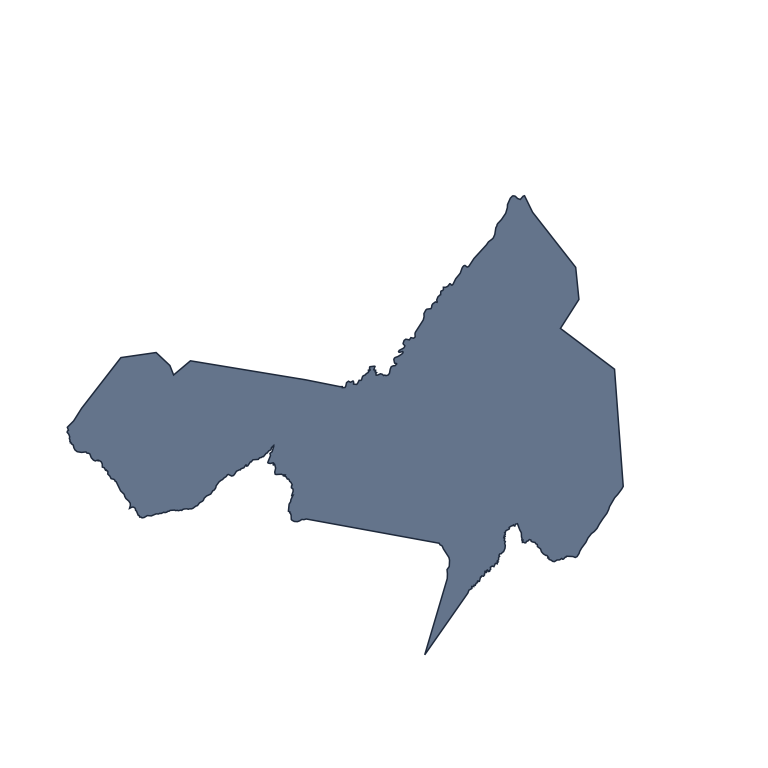 Santa Catalina, Jujuy, Argentina, rotated 28°
{"feature_id": "61730980B27320368944921", "entity_name": "Santa Catalina", "entity_type": "district", "adm_level": 2, "iso_a3": "ARG", "parent_name": "Argentina", "parent_adm1": "Jujuy", "projection": "equal_earth", "projection_center": [-66.281, -22.101], "detail": "fine", "context": "isolated", "style": "filled", "palette": "slate", "viewbox_px": 768, "rotation_deg": 28, "n_neighbors": 0, "source": "geoboundaries", "source_scale": "gbopen_adm2", "svg_char_len": 6170}
<svg xmlns="http://www.w3.org/2000/svg" viewBox="0 0 768 768"><g transform="rotate(28 384 384)"><path d="M643.3,362.1L580.6,262.7L513.7,252.1L516.4,217.8L498.5,191.0L434.6,162.6L419.7,151.8L418.7,152.8L417.7,157.1L414.9,157.5L411.8,156.6L410.4,156.9L409.2,157.6L408.3,160.7L408.8,167.6L410.1,170.3L411.3,176.1L410.5,183.7L409.1,188.8L409.0,190.2L409.4,191.3L409.4,193.6L411.6,199.9L411.9,203.6L411.6,204.9L409.5,209.5L409.1,213.1L404.5,230.9L403.7,239.9L403.0,241.4L402.3,241.7L399.8,241.3L399.0,242.1L398.6,243.4L398.5,244.9L399.3,250.4L397.9,257.4L398.1,263.2L397.9,264.4L397.1,265.0L395.7,264.4L395.0,264.6L394.4,267.9L393.0,269.7L391.0,270.7L392.1,272.7L391.8,274.0L390.8,275.0L390.8,275.9L392.1,278.6L391.6,279.1L390.7,281.8L391.1,285.1L392.4,286.4L392.5,287.0L390.8,287.4L389.4,290.4L389.3,292.0L390.0,293.9L390.1,295.4L386.7,297.8L386.2,299.0L386.2,303.1L387.8,305.8L388.6,309.1L387.4,323.7L387.8,325.2L389.4,327.7L388.7,329.7L386.0,330.4L385.7,333.1L382.2,334.2L381.3,336.1L381.8,339.2L382.3,339.7L384.4,340.4L384.7,341.5L384.5,343.0L381.7,347.1L381.6,348.5L382.2,348.9L382.9,348.7L385.1,346.6L385.8,346.8L386.1,347.6L385.6,349.4L383.4,353.2L381.4,355.4L381.0,356.6L381.2,357.8L383.2,360.2L383.9,360.6L385.2,360.1L385.8,360.3L385.2,362.6L383.6,363.6L382.3,365.3L382.5,367.9L383.8,372.0L383.4,374.2L381.8,375.7L380.6,375.7L379.7,376.7L378.0,376.2L376.1,376.6L374.0,379.3L373.0,379.9L371.8,378.5L372.1,377.3L370.4,377.4L370.2,375.8L368.3,376.2L367.8,372.7L367.1,372.8L363.5,375.3L363.4,375.9L364.0,377.2L365.0,377.8L365.2,378.4L365.0,379.0L364.1,378.7L363.7,379.1L364.6,380.5L364.7,381.2L363.5,383.2L363.2,384.7L361.7,386.7L361.6,387.9L362.2,390.9L361.9,391.7L360.3,392.4L360.4,395.3L360.1,397.2L357.2,398.4L356.3,396.5L355.2,395.9L353.6,398.2L351.3,398.2L350.3,400.4L351.3,404.1L351.2,405.4L348.9,406.8L348.4,405.9L346.4,407.0L313.1,417.0L202.2,454.4L194.0,474.8L186.3,468.2L168.0,463.2L139.3,484.2L128.4,547.4L127.3,562.3L124.7,570.9L127.1,573.0L126.6,574.2L126.8,575.3L129.3,576.4L131.3,578.2L131.8,579.9L133.1,580.9L133.5,582.1L134.4,582.4L134.7,583.2L135.7,582.9L136.3,583.6L138.3,583.8L140.1,585.9L142.1,587.3L144.9,587.8L149.1,586.4L152.7,583.9L154.2,584.5L155.8,583.8L157.2,583.9L160.1,586.5L163.2,587.6L165.2,587.5L166.5,586.0L167.1,585.7L167.7,586.1L168.0,585.3L170.7,585.4L172.7,586.8L174.3,589.6L176.4,589.3L178.6,590.9L179.2,590.3L179.8,590.8L180.7,590.6L181.4,591.1L182.4,593.2L185.3,594.1L187.5,595.7L190.1,595.0L191.3,595.2L192.1,596.0L193.4,596.0L201.6,602.0L206.4,603.4L207.9,605.0L209.9,606.3L213.6,607.2L216.0,608.5L217.1,610.5L217.7,613.3L219.3,611.0L220.7,610.3L222.1,610.4L223.0,610.8L223.9,612.1L225.1,612.4L228.6,615.3L229.8,615.2L230.8,616.2L231.9,615.6L233.2,615.8L234.9,614.5L236.8,611.3L240.5,609.7L243.8,605.6L246.0,604.6L246.7,603.5L248.0,603.0L249.8,600.6L251.0,600.4L252.4,599.1L252.9,597.9L254.0,597.2L254.5,596.0L258.4,593.6L259.2,593.7L261.0,592.5L261.8,592.5L264.0,590.6L264.8,590.6L265.4,589.0L266.4,588.1L268.6,586.7L270.0,586.5L270.8,585.6L272.8,584.5L273.7,583.4L275.1,580.3L276.4,578.9L276.9,575.6L278.8,572.6L279.1,571.3L278.9,569.2L279.9,566.2L282.7,562.5L283.0,558.5L283.7,557.8L284.2,555.5L284.0,553.8L283.6,552.8L284.3,547.9L285.4,545.4L286.3,544.2L286.8,542.2L288.1,539.8L288.4,537.6L289.1,536.9L292.7,536.8L293.9,535.7L294.4,534.3L294.7,530.3L296.7,527.6L297.5,527.3L297.6,525.9L299.6,523.8L300.0,520.4L300.4,520.2L301.2,521.0L302.1,520.3L302.6,515.5L303.3,515.2L303.9,512.4L308.4,509.6L308.8,507.6L310.1,506.6L310.9,505.1L311.7,504.7L312.5,500.5L313.3,499.7L313.6,497.3L314.9,495.4L314.9,494.3L314.5,493.1L315.5,490.0L315.9,490.6L317.0,496.3L315.9,498.8L317.4,500.6L318.2,507.8L318.8,508.2L320.9,507.6L323.1,505.6L323.5,505.6L323.8,506.9L324.3,507.4L324.6,507.0L324.5,506.1L325.1,506.2L327.8,509.1L328.9,513.1L330.2,514.7L331.2,514.6L336.0,511.7L337.2,511.9L338.2,511.2L338.5,512.1L339.6,510.8L339.9,512.0L341.1,511.9L343.3,513.3L344.1,512.8L344.9,512.9L346.4,514.2L348.0,514.5L350.3,516.1L350.2,517.7L350.8,518.3L350.9,519.1L353.0,519.5L354.1,521.3L354.9,526.0L355.3,526.0L355.9,525.2L356.1,529.8L356.8,531.7L356.6,534.6L359.3,541.2L360.9,541.1L361.2,542.0L362.0,542.0L363.6,543.5L365.7,547.1L366.8,547.5L369.3,547.5L372.2,546.2L373.8,544.4L375.1,542.1L377.0,541.4L378.7,539.7L507.5,498.7L509.0,499.7L510.8,499.6L511.8,500.0L513.7,501.6L522.8,506.7L524.6,508.8L527.3,514.5L526.8,518.3L529.1,521.8L531.2,526.1L547.1,604.0L556.2,529.3L555.8,526.1L557.6,523.3L556.7,521.8L557.2,521.8L557.6,520.8L558.4,520.7L558.0,519.3L559.1,518.9L558.9,516.7L559.6,515.8L559.1,514.1L559.5,513.7L560.3,514.0L560.9,513.4L559.9,509.1L560.4,508.9L560.4,507.6L562.1,507.0L562.4,505.3L561.9,504.8L561.8,503.3L561.1,502.0L561.7,501.7L562.4,502.6L562.8,502.4L562.8,501.5L562.2,500.7L562.5,499.7L563.6,499.9L564.2,500.6L565.0,500.0L565.2,499.5L564.8,498.8L565.2,497.6L564.0,495.9L565.0,494.0L566.8,493.7L566.6,490.3L567.2,489.6L568.3,489.7L568.1,488.8L568.3,487.5L567.5,487.7L567.1,487.2L567.7,485.3L566.6,483.3L567.0,481.9L566.1,481.5L565.9,480.9L566.0,479.6L567.2,478.8L567.6,477.1L568.3,475.9L568.0,472.3L566.9,469.6L565.3,468.0L565.1,466.1L563.7,465.8L563.1,463.7L561.9,463.6L561.7,462.4L562.4,462.3L562.6,461.8L561.3,461.0L561.7,460.2L561.6,459.5L560.3,458.5L560.8,458.0L560.5,456.7L560.7,456.0L562.6,453.4L562.5,452.6L561.8,451.9L563.2,449.4L564.0,448.8L564.4,447.7L565.5,448.2L566.2,448.0L565.9,446.1L567.4,444.7L572.4,449.1L575.1,450.9L577.2,454.5L578.4,455.6L578.9,457.0L579.3,457.3L580.0,456.7L580.2,458.4L580.6,458.9L581.4,458.2L582.8,458.2L583.7,457.7L583.8,456.0L584.8,455.0L585.4,453.1L586.9,452.8L587.7,453.7L589.0,453.8L591.8,453.0L593.0,453.8L594.7,453.7L595.8,455.5L599.6,456.1L601.8,458.2L604.5,459.2L607.4,459.4L608.2,458.9L609.9,459.5L610.2,460.7L611.1,460.3L612.1,461.4L614.1,461.1L616.3,461.4L617.9,460.8L619.4,458.2L621.7,456.8L622.8,454.6L623.9,454.9L624.7,454.3L625.3,451.9L626.0,451.4L625.9,450.7L626.2,450.3L631.9,447.6L634.3,447.4L635.5,445.7L635.8,442.1L635.4,439.9L635.5,436.1L636.6,429.0L636.4,424.2L637.4,418.7L638.9,415.5L639.9,411.5L639.9,406.8L640.5,400.3L641.5,393.6L641.3,389.3L640.7,386.4L641.1,376.0L642.2,371.9L643.2,365.4L643.3,362.1Z" fill="#64748b" stroke="#1e293b" stroke-width="1.5"/></g></svg>